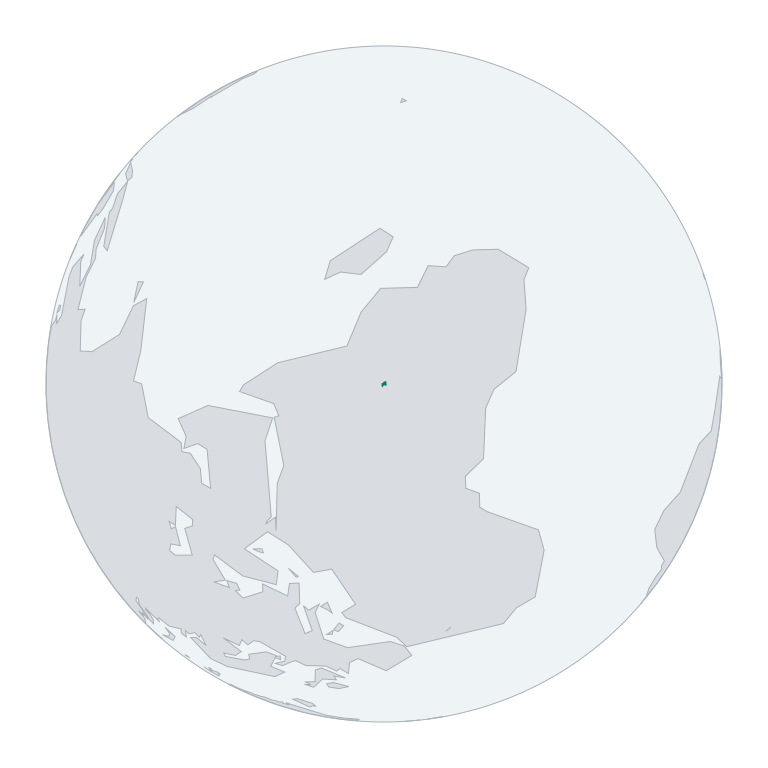 Muyinga highlighted on a globe, orthographic projection, rotated 213°
{"feature_id": "BDI-2644", "entity_name": "Muyinga", "entity_type": "Province", "adm_level": 1, "iso_a3": "BDI", "parent_name": "Burundi", "parent_adm1": "", "projection": "orthographic", "projection_center": [30.357, -2.724], "detail": "fine", "context": "on_globe", "style": "filled", "palette": "teal", "viewbox_px": 768, "rotation_deg": 213, "n_neighbors": 0, "source": "natural_earth", "source_scale": "10m", "svg_char_len": 6785}
<svg xmlns="http://www.w3.org/2000/svg" viewBox="0 0 768 768"><g transform="rotate(213 384 384)"><circle cx="384" cy="384" r="338" fill="#eef3f6" stroke="#a8b0b8"/><path d="M182.9,112.4L182.4,112.8L177.1,116.8L176.1,117.6L182.9,112.4ZM49.1,339.2L48.2,348.2L50.5,356.9L51.0,371.1L50.2,380.2L52.3,382.3L52.4,388.2L66.2,395.5L77.7,409.5L80.3,430.2L76.6,454.7L87.1,505.3L84.1,523.0L92.7,543.3L106.6,573.3L103.6,572.0L114.1,586.0L120.4,595.0L120.9,596.1L106.0,576.1L92.6,555.1L80.8,533.1L70.6,510.4L62.1,487.0L55.4,463.0L50.5,438.5L47.4,413.8L46.1,388.9L46.7,364.0L49.1,339.2ZM175.3,649.7L171.8,646.5L174.0,648.0L176.9,650.7L175.3,649.7ZM472.5,57.9L474.4,58.4L474.8,58.5L499.4,66.4L523.4,76.2L546.6,87.7L568.7,101.1L589.9,116.0L609.8,132.6L628.3,150.6L645.5,170.0L646.4,171.1L662.0,191.9L675.9,213.7L688.1,236.6L694.6,252.1L694.2,258.4L696.1,264.1L691.3,256.1L691.9,266.2L706.6,302.6L708.7,312.7L706.4,329.4L705.1,321.7L692.4,300.3L695.1,324.1L705.0,346.7L708.5,371.9L703.2,362.5L699.0,340.5L694.4,332.3L692.0,311.3L681.2,279.7L675.5,283.9L672.4,271.8L656.7,246.2L646.5,252.1L632.8,281.6L636.8,313.1L629.5,326.4L606.3,279.8L595.7,250.0L587.4,252.2L563.5,227.4L522.4,224.5L516.5,217.2L508.8,220.4L491.9,213.0L482.8,201.4L472.6,202.1L496.8,232.9L507.7,232.6L516.7,221.0L521.4,232.3L537.7,242.9L520.0,270.1L458.9,294.9L452.9,271.6L406.2,211.1L407.6,204.6L407.4,203.8L406.8,202.6L402.6,213.2L394.6,202.1L419.5,242.8L423.7,261.2L458.0,296.3L454.8,300.0L465.8,307.5L501.1,299.0L501.3,306.9L484.7,343.9L435.8,395.7L442.3,431.5L438.9,462.4L408.6,483.2L411.4,507.3L395.8,516.1L394.9,529.9L382.5,544.8L361.6,559.2L325.9,560.4L323.5,547.8L305.4,523.9L280.1,466.3L288.9,439.4L285.6,419.1L259.9,375.6L265.5,350.9L258.6,341.1L244.5,344.3L236.6,332.8L228.0,333.1L175.0,345.8L159.2,331.8L141.2,287.8L151.0,268.6L153.4,248.1L221.7,176.2L235.5,178.5L288.4,167.3L294.9,169.2L287.9,183.8L327.0,200.3L340.5,187.6L376.7,197.0L401.3,196.6L411.4,169.7L371.2,169.6L365.0,157.1L397.8,146.1L433.1,148.4L431.8,143.7L410.2,133.1L418.9,125.3L402.8,129.0L408.8,133.6L398.9,136.5L392.7,132.7L396.0,129.7L385.6,127.8L372.4,143.8L377.1,150.2L349.3,153.7L354.6,165.2L346.8,170.8L335.0,153.9L336.7,147.6L314.2,131.6L309.9,138.2L330.9,154.3L324.0,153.2L318.4,164.0L317.3,154.9L295.6,137.3L271.0,143.0L238.4,171.5L224.2,175.3L212.9,171.5L226.0,144.7L256.2,139.6L261.2,131.6L256.2,121.8L265.8,121.6L267.4,117.5L278.9,115.9L296.2,105.4L308.0,103.7L315.8,92.5L323.0,90.5L316.3,97.4L318.0,102.0L347.5,100.3L353.5,97.8L356.2,91.1L364.0,92.1L362.9,85.9L380.4,83.6L358.0,81.8L360.6,75.6L371.7,71.1L368.6,69.1L350.5,76.7L346.9,80.3L350.2,83.6L336.9,95.2L326.5,97.6L325.3,85.6L310.4,88.3L316.0,79.2L361.4,61.8L379.8,59.3L408.1,66.2L403.2,69.2L390.6,67.8L401.3,74.0L400.9,71.0L407.3,72.5L411.4,68.2L416.2,69.1L412.0,64.1L418.3,64.8L420.9,68.0L432.3,63.9L445.7,65.3L446.0,64.0L442.5,62.3L461.9,66.1L461.2,65.1L454.7,63.4L449.1,60.6L446.8,57.5L453.6,59.0L455.4,60.2L469.3,65.8L472.9,70.0L475.5,70.4L474.0,67.3L457.0,60.3L453.7,58.1L462.5,61.0L459.0,59.7L459.5,59.2L466.4,60.3L457.0,57.2L453.2,53.3L458.2,54.3L472.5,57.9ZM197.6,210.2L195.6,216.2L195.5,216.3L197.6,210.2ZM470.5,166.1L491.6,168.2L482.0,151.9L489.4,151.7L483.4,146.7L481.2,150.8L466.7,137.5L475.7,133.8L473.1,127.6L465.9,126.7L451.6,136.0L472.4,154.4L467.5,160.6L470.5,166.1ZM173.0,120.1L174.7,118.7L170.8,121.8L173.0,120.1ZM165.6,126.1L161.3,130.0L153.6,137.3L157.8,133.1L153.7,136.8L154.8,135.7L165.6,126.1ZM265.3,99.8L268.8,101.5L263.8,106.1L248.8,111.1L255.8,104.1L265.3,99.8ZM274.9,103.1L277.8,91.4L287.3,88.8L281.5,92.0L287.4,91.5L279.7,96.8L285.8,106.8L281.8,111.8L256.3,116.5L266.9,111.8L262.8,110.0L274.9,103.1ZM268.7,75.3L270.1,72.7L288.8,70.0L285.3,72.9L270.2,77.2L265.3,76.5L268.7,75.3ZM260.2,69.6L269.4,66.1L268.5,66.4L272.9,64.9L273.3,64.7L298.4,57.1L324.0,51.4L350.0,47.8L350.7,47.9L343.4,48.6L349.4,48.6L339.6,49.7L340.9,49.6L333.5,50.9L326.7,52.8L322.4,53.3L321.6,53.9L316.7,55.1L314.2,56.3L305.5,58.0L301.8,59.7L299.8,59.6L295.7,62.2L294.9,61.2L288.4,63.4L292.6,63.3L252.0,74.7L235.6,82.0L222.3,89.2L222.7,87.6L235.4,80.6L249.5,74.0L260.2,69.6ZM302.8,163.6L307.9,163.9L316.0,162.9L312.6,170.2L302.8,163.6ZM287.6,151.5L292.3,150.4L291.5,159.1L286.2,159.2L287.6,151.5ZM295.6,142.8L292.6,149.6L291.1,146.0L295.6,142.8ZM320.7,96.4L325.8,95.3L326.1,96.8L322.9,99.4L320.7,96.4ZM366.3,51.8L362.9,51.3L364.6,50.9L363.3,49.2L370.5,48.8L374.1,49.7L366.3,51.8ZM404.2,174.2L396.7,179.3L393.2,176.8L396.5,175.5L404.2,174.2ZM352.2,174.1L363.8,177.3L351.1,176.0L352.2,174.1ZM373.9,51.1L372.6,50.3L377.0,50.7L373.9,51.1ZM375.7,48.6L381.0,48.8L371.2,48.6L375.7,48.6ZM523.3,629.0L524.2,633.5L519.5,633.6L523.3,629.0ZM496.2,458.1L472.2,512.4L456.5,512.4L453.9,496.2L463.0,463.3L481.5,454.2L490.7,439.5L496.2,458.1ZM717.1,439.7L716.8,442.6L716.5,444.1L717.1,439.7ZM717.7,432.7L717.9,434.7L717.1,436.0L717.7,432.7ZM718.0,435.5L717.9,435.6L718.1,435.0L718.0,435.5ZM717.2,431.9L711.4,426.3L708.1,420.1L709.7,414.7L715.1,419.3L717.2,431.9ZM709.4,414.4L703.2,395.3L688.7,345.0L694.0,346.9L708.0,378.8L707.3,383.5L711.1,398.1L709.4,414.4ZM721.1,391.7L720.2,406.4L717.8,402.2L716.2,398.5L715.2,378.4L715.8,369.2L717.4,370.5L718.9,342.4L720.3,351.9L720.9,364.1L721.8,378.3L721.1,391.7ZM638.3,316.2L646.0,335.9L641.4,338.6L638.3,316.2ZM716.2,322.0L717.8,334.0L715.3,317.2L716.2,322.0ZM699.2,273.3L697.8,273.8L696.1,269.0L697.0,265.6L699.2,273.3ZM433.3,53.1L427.1,55.2L427.4,57.9L435.0,60.7L421.6,58.3L421.1,54.1L433.3,53.1ZM450.1,52.7L443.3,51.3L447.9,52.2L450.1,52.6L450.1,52.7ZM444.8,51.7L433.5,49.9L430.8,49.4L440.3,50.8L444.8,51.7ZM403.7,48.5L401.4,48.9L397.8,48.5L403.7,48.5ZM663.6,573.8L660.4,577.4L662.3,572.5L669.0,562.8L685.1,530.8L685.2,532.0L694.2,511.3L702.2,497.8L703.1,495.2L692.2,522.5L679.0,548.8L663.6,573.8ZM720.8,411.8L720.3,416.5L720.4,415.4L721.4,400.1L721.9,382.9L721.9,379.9L721.9,382.4L721.9,382.6L721.9,384.9L720.8,411.8Z" fill="#d9dde1" stroke="#a8b0b8" stroke-width="1"/><path d="M384.1,381.5L384.3,381.6L384.5,381.7L384.8,382.0L385.0,382.1L385.0,382.3L384.9,382.5L384.7,383.0L384.6,383.3L384.4,383.5L384.5,383.7L384.8,383.6L385.0,383.6L384.9,383.7L384.6,384.0L384.5,384.3L384.4,384.5L384.3,384.8L384.5,384.9L384.6,385.0L384.8,385.2L384.8,385.3L384.7,385.3L384.6,385.5L384.4,385.6L384.3,385.8L384.2,386.0L384.1,386.3L384.0,386.5L383.9,386.5L383.8,386.4L383.7,386.4L383.6,386.5L383.5,386.4L383.4,386.3L383.4,386.2L383.5,385.9L383.6,385.6L383.6,385.4L383.5,385.2L383.3,385.1L383.0,385.0L383.0,384.9L382.9,384.9L382.7,384.8L382.5,385.0L382.4,384.9L382.5,384.8L382.6,384.6L382.5,384.4L382.4,384.3L382.6,384.3L382.7,384.2L382.8,384.1L383.0,383.9L383.3,383.8L383.4,383.7L383.5,383.7L384.0,383.4L384.1,383.2L384.3,383.1L384.4,382.9L384.3,382.7L384.4,382.4L384.3,382.2L384.2,382.2L384.1,381.7L384.1,381.5Z" fill="#14b8a6" stroke="#0f766e" stroke-width="1.5"/></g></svg>